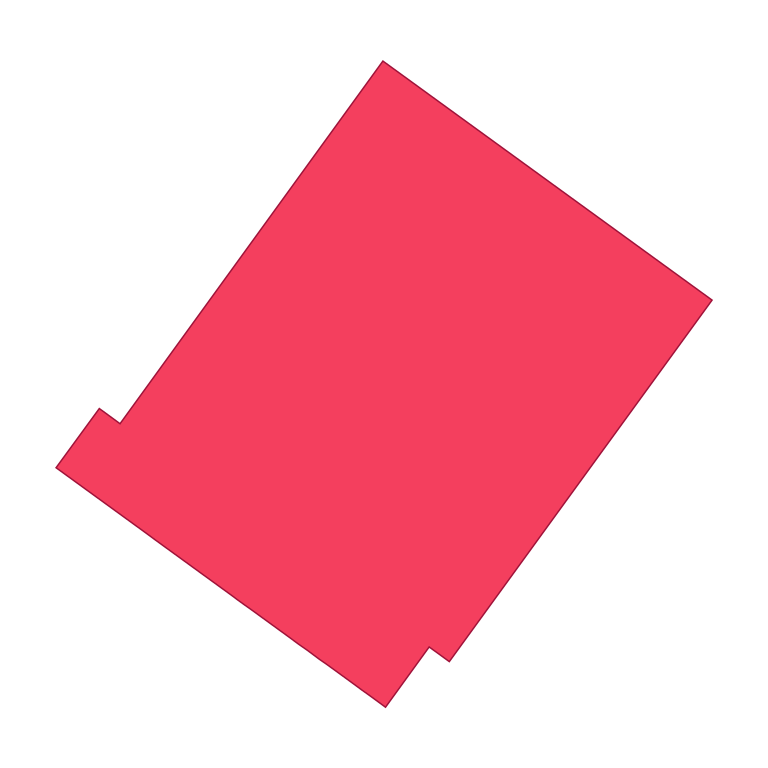 Nowata, Oklahoma, United States of America (Robinson projection), rotated 216°
{"feature_id": "52423323B4751311767489", "entity_name": "Nowata", "entity_type": "district", "adm_level": 2, "iso_a3": "USA", "parent_name": "United States of America", "parent_adm1": "Oklahoma", "projection": "robinson", "projection_center": [-95.646, 36.798], "detail": "fine", "context": "isolated", "style": "filled", "palette": "rose", "viewbox_px": 768, "rotation_deg": 216, "n_neighbors": 0, "source": "geoboundaries", "source_scale": "gbopen_adm2", "svg_char_len": 519}
<svg xmlns="http://www.w3.org/2000/svg" viewBox="0 0 768 768"><g transform="rotate(216 384 384)"><path d="M192.8,123.4L192.9,197.8L168.0,197.8L168.0,437.8L167.9,644.7L574.7,644.6L574.2,196.7L599.9,196.8L600.1,123.5L488.4,123.5L476.7,123.4L463.9,123.4L421.8,123.4L380.4,123.4L376.3,123.3L367.2,123.3L361.1,123.4L324.3,123.4L313.9,123.4L300.5,123.3L289.6,123.5L274.8,123.3L270.0,123.4L266.6,123.5L241.0,123.5L236.1,123.5L221.6,123.4L212.2,123.5L192.8,123.4Z" fill="#f43f5e" stroke="#9f1239" stroke-width="1.5"/></g></svg>